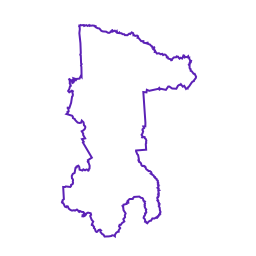 the district of Cam My, Đồng Nai, Vietnam, rotated 265°
{"feature_id": "81297802B33413589576034", "entity_name": "Cam My", "entity_type": "district", "adm_level": 2, "iso_a3": "VNM", "parent_name": "Vietnam", "parent_adm1": "Đồng Nai", "projection": "mercator", "projection_center": [107.218, 10.784], "detail": "fine", "context": "isolated", "style": "outline", "palette": "violet", "viewbox_px": 256, "rotation_deg": 265, "n_neighbors": 0, "source": "geoboundaries", "source_scale": "gbopen_adm2", "svg_char_len": 5732}
<svg xmlns="http://www.w3.org/2000/svg" viewBox="0 0 256 256"><g transform="rotate(265 128 128)"><path d="M74.9,58.3L62.7,57.9L61.7,56.5L60.3,56.4L60.4,56.0L59.9,55.7L59.2,56.0L58.5,57.1L55.2,58.3L54.5,59.6L55.4,60.3L55.1,61.2L52.9,61.9L51.4,63.5L50.6,65.0L50.8,67.1L50.3,68.0L51.2,70.0L50.0,71.1L49.6,72.3L48.9,71.8L48.6,72.1L49.3,73.3L48.5,74.4L48.2,76.2L46.8,77.1L46.5,76.5L45.4,76.5L45.3,75.9L44.7,75.6L44.9,75.1L44.0,74.9L43.8,76.0L44.2,77.2L45.3,78.5L46.5,79.1L47.2,80.8L46.3,83.4L44.7,83.7L44.0,82.8L43.5,82.7L39.7,83.8L37.8,85.2L35.2,83.6L34.5,83.5L34.0,84.8L33.0,85.0L32.4,85.6L31.3,85.3L30.3,86.3L28.2,86.7L27.2,87.5L27.3,88.3L28.9,89.8L29.2,91.3L28.4,92.1L28.1,91.5L26.8,91.5L24.4,93.2L24.0,94.2L21.9,95.2L21.7,99.7L21.9,102.1L22.5,102.9L22.1,104.6L21.3,105.5L22.8,105.7L24.6,107.1L25.4,108.4L25.5,109.7L26.8,109.7L29.0,111.5L30.8,110.5L32.3,111.2L32.1,112.3L33.8,113.7L35.2,116.2L37.6,115.4L39.4,117.3L41.3,117.2L43.1,118.2L46.5,116.4L49.4,116.3L50.7,115.8L50.8,116.5L52.0,116.8L52.5,120.1L53.7,120.3L53.5,121.8L54.2,121.9L55.3,121.2L57.1,123.3L56.9,126.5L57.4,126.6L58.8,128.1L58.7,133.3L57.4,134.7L56.9,136.3L55.9,136.9L54.3,137.0L53.3,138.4L52.8,137.9L51.1,138.4L50.0,137.7L49.1,138.1L48.2,137.7L46.2,138.4L45.3,139.1L44.3,138.6L42.4,138.9L41.9,138.6L41.5,137.5L40.4,137.6L39.1,136.9L38.8,136.3L37.1,135.7L35.7,136.8L34.1,137.1L33.2,136.8L32.9,137.8L32.1,138.0L31.4,138.9L32.9,140.3L33.7,142.0L33.6,142.8L35.8,144.4L35.5,146.4L36.6,148.6L36.0,148.8L36.0,149.2L36.6,149.4L36.9,150.1L37.6,150.1L37.9,151.0L38.9,151.3L38.9,151.9L39.5,152.0L39.6,152.6L40.8,152.5L41.5,153.1L43.2,152.6L45.9,152.6L47.5,151.8L48.4,152.5L49.5,152.8L49.8,152.0L50.9,152.3L52.3,151.4L53.0,151.7L53.4,151.0L54.1,151.4L55.8,151.0L56.6,151.5L56.6,152.1L57.9,152.7L58.5,152.8L58.9,152.2L59.5,152.7L60.2,152.5L60.4,153.0L62.9,152.7L63.3,153.6L63.9,152.8L65.0,153.0L65.5,152.5L65.6,153.0L66.2,152.6L67.2,153.3L68.5,152.9L68.6,153.3L68.9,153.0L69.7,153.3L70.5,152.9L71.1,153.3L71.5,153.0L71.9,153.5L71.8,153.0L73.0,153.1L74.0,152.0L74.9,152.0L75.6,150.8L76.7,150.7L76.9,149.9L78.4,149.4L80.2,147.1L80.3,147.7L82.1,147.2L83.2,146.0L83.3,144.7L84.5,143.8L84.8,143.1L85.9,142.3L87.5,142.1L88.2,141.5L87.9,141.3L88.9,140.3L88.9,138.9L89.9,138.1L91.6,137.9L92.9,137.0L93.1,136.2L94.2,135.8L94.6,136.1L95.4,136.1L95.5,135.7L96.4,136.1L100.2,135.7L101.0,135.0L104.1,134.0L104.9,134.1L104.8,144.2L110.5,144.3L111.5,144.9L112.4,144.7L113.9,145.2L115.6,144.7L116.4,143.8L117.5,143.8L118.0,142.3L117.4,141.7L117.5,141.3L118.3,141.7L120.0,140.9L121.2,141.9L123.4,142.8L124.8,142.2L125.5,142.4L126.5,144.0L128.2,143.4L128.1,145.4L131.7,145.8L162.5,146.4L161.9,149.5L164.4,150.1L163.2,152.4L164.4,161.8L165.2,162.6L164.4,163.0L163.1,162.0L164.2,164.1L162.7,169.1L165.8,171.7L165.7,172.8L163.5,175.4L162.9,179.6L165.7,181.4L166.6,183.0L166.4,184.0L167.0,184.5L164.4,186.2L165.1,187.7L161.9,189.2L162.3,189.7L162.1,190.9L163.1,191.1L164.0,192.4L167.6,195.3L168.5,196.2L169.0,197.7L169.5,197.7L171.9,199.9L173.1,200.3L176.2,199.1L176.3,198.1L178.9,196.5L179.5,195.4L181.2,195.5L181.7,194.8L182.7,194.6L184.7,194.8L185.6,194.2L186.0,194.9L186.6,194.7L187.8,195.2L187.5,195.8L187.8,196.1L188.3,196.4L188.6,196.0L189.4,196.5L189.5,195.9L192.3,194.9L192.9,195.1L193.0,194.1L194.2,194.1L193.5,193.0L193.7,191.4L193.3,190.5L194.0,190.1L195.2,190.3L195.5,189.6L192.5,188.0L193.4,186.4L192.6,185.4L193.9,184.3L194.6,184.2L195.1,182.7L194.3,182.2L194.3,179.8L192.7,177.9L191.8,177.6L191.7,176.9L192.8,176.4L193.7,174.1L195.0,173.8L195.0,172.8L196.3,172.8L197.7,171.7L198.1,170.4L197.6,169.3L198.9,168.5L198.6,167.0L199.8,165.3L199.6,163.3L201.4,162.2L201.4,161.3L202.9,161.7L204.2,160.1L205.6,161.2L206.1,161.1L205.9,159.3L207.3,159.0L208.1,157.9L209.1,157.3L210.4,154.5L210.9,155.1L211.3,155.0L211.0,153.0L211.6,151.1L211.9,150.8L213.2,150.9L213.4,148.7L216.7,146.4L217.0,145.4L218.5,146.0L219.3,145.1L219.1,143.2L220.0,142.2L219.9,141.5L222.0,141.4L222.9,140.0L221.4,138.4L221.9,137.5L220.5,135.5L220.8,133.0L221.7,132.5L222.0,130.6L222.9,129.9L223.2,128.0L223.9,127.7L223.4,127.0L223.7,125.6L225.4,125.3L224.7,124.6L226.1,123.4L225.6,121.6L226.8,120.9L226.7,120.6L225.4,120.3L225.7,119.2L225.0,118.9L224.4,117.5L224.7,116.2L225.9,114.6L226.4,111.4L227.1,109.9L229.6,108.2L230.1,106.4L231.1,104.8L232.3,104.6L232.2,103.6L232.8,103.4L233.2,101.8L233.1,99.9L233.4,99.5L233.1,98.6L233.9,98.2L233.2,96.7L234.1,95.4L233.5,93.2L234.4,93.0L234.4,90.3L234.7,89.8L234.2,89.2L234.4,88.5L233.5,88.2L233.1,88.6L230.6,88.6L226.7,87.8L216.7,88.0L206.6,87.5L205.1,86.8L204.6,87.3L196.5,86.9L195.7,87.4L194.6,86.6L192.9,86.9L182.8,86.2L183.8,85.4L181.4,84.0L181.4,81.3L180.1,80.2L180.7,79.4L181.6,79.7L182.1,78.5L181.7,78.7L181.5,77.9L180.8,78.1L180.7,77.4L179.4,78.4L178.1,77.6L177.7,76.5L180.1,76.0L180.1,75.0L180.8,74.9L181.8,74.0L181.6,73.6L180.7,74.0L178.2,74.1L177.8,73.8L175.0,74.7L174.5,73.8L171.9,72.9L170.1,71.6L168.7,72.6L170.1,75.3L169.4,76.3L168.4,75.7L166.1,76.0L164.8,75.7L164.1,75.0L158.0,73.5L153.2,71.4L153.5,69.7L153.1,69.6L152.1,70.3L149.7,70.3L149.2,69.1L148.4,69.4L147.3,67.9L145.1,73.4L144.2,74.0L142.7,74.0L141.4,75.9L140.5,76.1L137.8,78.3L137.2,80.2L137.4,81.7L139.4,82.6L137.5,84.2L134.5,84.4L133.3,85.5L132.2,85.5L130.9,84.9L129.5,83.3L128.8,81.6L126.3,82.9L125.0,82.7L121.4,84.4L120.9,81.2L118.1,82.7L117.5,81.8L101.6,89.4L99.5,85.3L98.5,85.7L98.1,85.0L97.6,85.1L97.3,85.6L93.7,86.5L90.9,86.1L90.4,85.4L89.2,85.1L89.0,84.7L89.7,84.4L90.3,83.0L89.6,81.5L90.7,79.9L89.6,78.9L90.7,76.1L93.2,76.1L94.8,75.3L94.5,74.1L93.5,73.6L93.7,73.1L93.0,72.8L92.8,72.2L87.9,70.9L87.1,69.0L85.1,67.8L82.7,67.8L81.7,68.6L80.7,68.7L79.3,68.3L78.1,68.5L76.9,67.9L76.4,66.4L75.1,66.2L74.3,65.4L75.2,60.9L74.7,60.2L74.9,58.3Z" fill="none" stroke="#5b21b6" stroke-width="2"/></g></svg>